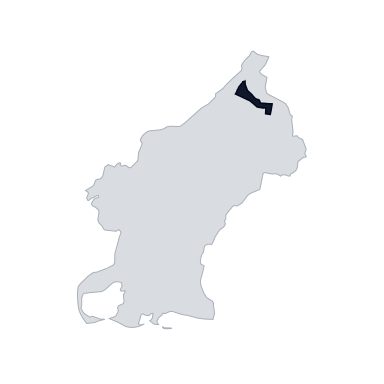 Halac, Chardzhou, Turkmenistan shown in context, rotated 282°
{"feature_id": "10190150B91732086642718", "entity_name": "Halac", "entity_type": "district", "adm_level": 2, "iso_a3": "TKM", "parent_name": "Turkmenistan", "parent_adm1": "Chardzhou", "projection": "mercator", "projection_center": [64.556, 37.553], "detail": "fine", "context": "in_parent", "style": "filled", "palette": "ink", "viewbox_px": 384, "rotation_deg": 282, "n_neighbors": 0, "source": "geoboundaries", "source_scale": "gbopen_adm2", "svg_char_len": 4595}
<svg xmlns="http://www.w3.org/2000/svg" viewBox="0 0 384 384"><g transform="rotate(282 192 192)"><path d="M115.7,129.4L132.6,130.3L137.8,131.0L140.0,128.6L139.9,128.0L139.1,127.5L137.8,125.7L136.7,114.2L138.2,112.5L139.9,111.3L142.3,107.6L143.6,106.5L145.6,105.6L152.1,105.3L154.8,104.6L157.1,100.4L157.6,98.0L159.4,96.0L160.3,96.1L164.8,97.7L165.7,98.6L167.2,101.7L168.8,101.5L169.1,101.0L168.9,100.3L167.6,98.4L164.9,94.9L162.2,92.7L162.0,92.0L164.3,90.2L168.9,91.0L170.1,90.4L171.3,87.6L177.4,93.9L178.6,94.5L183.4,95.3L184.3,96.2L185.9,99.8L187.6,100.8L189.6,101.4L198.3,101.6L201.0,104.0L201.5,104.6L200.9,106.3L200.8,109.5L200.1,110.8L200.5,111.4L203.6,112.7L205.4,114.8L205.6,115.7L205.1,116.3L203.7,116.0L202.9,116.9L202.9,118.6L204.0,120.2L204.3,121.7L202.8,125.0L202.8,126.4L203.2,127.2L211.0,132.2L212.3,132.4L219.8,131.5L221.2,132.0L227.8,133.1L229.6,133.0L230.9,131.4L232.1,130.7L233.2,130.7L236.4,131.7L239.7,133.9L241.9,135.8L242.9,137.6L246.0,147.4L248.0,151.4L250.3,153.5L251.9,157.3L253.3,165.5L254.2,167.2L257.8,170.4L276.0,183.7L281.5,189.7L290.0,195.4L293.1,194.7L299.8,200.8L304.0,203.1L309.5,206.7L320.9,214.9L323.4,215.2L326.1,214.1L328.5,214.7L332.8,216.8L337.4,220.0L341.4,221.0L342.5,222.4L342.5,223.2L340.3,227.1L340.0,232.1L340.3,238.9L339.2,239.0L331.4,237.1L324.1,232.9L322.4,234.3L321.5,235.7L319.7,241.5L309.7,241.8L303.9,244.7L298.6,263.4L297.4,265.7L294.2,268.7L288.5,271.7L287.6,272.9L287.4,274.0L286.7,274.4L283.6,274.4L271.7,278.4L269.1,278.4L268.0,278.7L267.6,279.4L268.9,283.1L267.8,284.2L267.0,286.0L266.4,289.2L258.6,294.2L256.9,294.8L253.8,294.3L252.2,294.8L250.5,296.4L249.7,295.9L249.3,294.3L248.5,293.3L243.6,289.3L238.0,289.9L235.9,289.6L234.2,288.9L231.6,286.6L230.0,284.4L228.2,284.7L227.7,283.6L227.7,282.4L228.1,280.9L228.0,278.2L227.0,276.2L225.9,275.3L227.2,272.1L227.2,269.7L226.4,267.0L226.1,263.3L226.3,259.6L225.2,257.7L208.6,257.8L202.7,249.2L200.2,247.1L192.0,243.4L189.7,241.4L187.9,239.3L187.4,236.3L186.5,234.5L185.2,234.2L178.7,230.8L176.1,229.9L172.6,230.7L170.5,229.7L168.0,231.1L167.0,231.2L164.3,230.3L161.1,227.2L158.3,225.9L152.6,223.9L148.5,223.3L145.0,222.1L144.6,221.6L144.5,218.9L144.0,217.8L143.0,216.5L141.6,215.5L135.4,215.6L132.6,214.6L130.4,214.4L125.5,214.6L124.0,215.3L123.0,216.2L122.5,218.8L121.9,219.2L117.2,219.2L107.2,218.6L102.9,219.9L96.4,224.0L92.7,227.3L91.6,228.8L89.4,234.7L88.4,235.6L87.2,236.3L85.9,236.4L79.9,238.7L77.6,239.3L71.7,239.0L70.3,230.2L69.8,223.3L70.4,213.6L70.1,207.4L71.1,197.8L70.7,195.5L67.7,191.3L67.2,188.4L65.4,188.2L62.4,185.7L59.4,184.7L57.9,184.7L56.6,185.4L55.6,186.8L54.9,184.6L54.9,182.2L57.3,177.4L58.7,178.8L60.5,179.4L65.1,179.1L64.6,177.4L62.3,175.7L61.8,173.5L62.0,171.2L62.6,169.0L61.9,168.2L60.8,167.6L58.4,167.7L52.0,166.9L51.2,169.4L53.0,172.8L50.1,168.9L48.1,165.0L46.8,160.4L46.6,155.4L49.0,147.3L51.0,137.4L53.5,141.6L55.3,143.4L59.3,144.6L61.3,144.3L63.3,143.3L65.3,143.6L68.5,147.9L70.8,148.4L75.4,146.7L77.6,146.4L79.6,147.1L81.6,147.1L80.7,145.1L80.3,143.2L81.5,142.1L85.2,143.2L88.1,142.1L88.7,141.6L88.9,139.9L88.5,136.5L87.8,135.0L86.2,133.0L79.6,128.2L77.4,126.3L75.6,123.8L72.6,113.8L70.3,107.4L69.4,106.7L65.5,106.1L58.3,107.7L55.7,107.4L54.5,108.0L51.6,110.7L50.2,113.0L48.3,118.3L49.8,120.0L48.6,128.8L49.3,132.6L49.1,132.8L46.9,128.2L43.9,123.5L41.5,116.3L45.8,111.6L49.5,108.3L53.4,105.8L57.6,104.1L66.8,101.5L72.0,100.6L76.1,100.4L79.3,102.0L88.0,107.8L91.7,111.1L92.8,112.4L93.8,115.5L100.2,125.5L101.6,126.9L104.1,130.1L106.5,131.1L115.7,129.4ZM54.6,199.5L54.4,200.8L53.2,196.9L52.6,192.7L53.4,191.5L54.2,191.5L53.4,193.1L54.6,199.5Z" fill="#d9dde1" stroke="#a8b0b8" stroke-width="1"/><path d="M295.4,220.6L294.3,225.2L293.7,227.7L293.3,229.6L291.1,233.8L289.5,236.6L288.7,238.1L288.8,241.3L288.9,244.2L289.4,245.8L289.5,246.9L289.0,246.9L286.4,247.3L283.8,247.7L284.1,252.4L285.2,252.4L287.9,252.4L288.1,252.4L294.9,252.1L294.8,251.3L294.4,249.3L294.2,248.1L294.0,246.2L293.7,243.7L293.4,242.2L293.2,240.8L293.2,240.7L294.2,239.8L294.6,239.5L295.9,238.7L296.1,237.4L296.2,237.1L296.3,235.8L296.6,234.6L297.3,233.5L297.9,232.7L298.4,232.0L298.6,231.6L299.2,231.0L300.0,230.0L300.6,228.9L301.2,227.8L301.6,227.3L302.4,225.8L302.8,225.2L303.7,224.6L304.1,224.3L304.7,223.9L305.3,223.5L307.1,222.4L308.3,221.6L308.5,221.6L309.9,221.2L311.1,220.9L311.4,220.8L311.1,220.6L311.0,219.8L310.3,218.7L309.5,218.8L308.4,218.0L308.4,217.9L306.9,217.2L306.5,217.0L304.3,215.9L302.7,215.6L302.1,215.5L301.1,215.0L300.1,215.1L299.5,214.9L298.3,214.6L296.9,214.1L296.5,215.8L295.9,218.5L295.4,220.6Z" fill="#0f172a" stroke="#020617" stroke-width="1.5"/></g></svg>